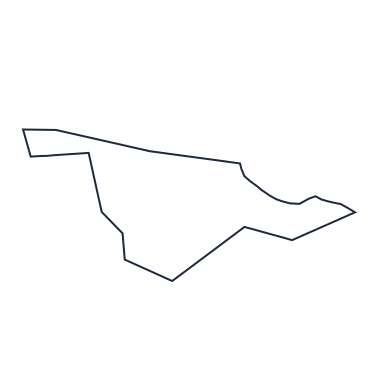 outline of Lagoinha do Piauí, Piauí, Brazil, rotated 82°
{"feature_id": "56859067B7695377468194", "entity_name": "Lagoinha do Piauí", "entity_type": "district", "adm_level": 2, "iso_a3": "BRA", "parent_name": "Brazil", "parent_adm1": "Piauí", "projection": "orthographic", "projection_center": [-42.63, -5.813], "detail": "fine", "context": "isolated", "style": "outline", "palette": "slate", "viewbox_px": 384, "rotation_deg": 82, "n_neighbors": 0, "source": "geoboundaries", "source_scale": "gbopen_adm2", "svg_char_len": 574}
<svg xmlns="http://www.w3.org/2000/svg" viewBox="0 0 384 384"><g transform="rotate(82 192 192)"><path d="M145.7,228.2L111.6,318.2L106.6,350.6L134.5,346.8L135.3,336.9L136.0,331.0L136.4,323.0L138.9,288.9L199.2,284.2L223.3,266.5L249.6,268.0L277.4,224.0L233.9,144.9L250.5,106.5L253.6,99.6L234.8,33.4L229.0,40.6L224.6,46.5L222.2,53.4L220.1,58.8L217.5,64.7L213.4,70.3L214.9,77.3L218.7,87.2L216.9,96.6L213.7,104.1L210.8,109.7L206.5,115.4L199.7,122.8L194.7,127.4L189.6,132.7L183.5,138.0L176.3,139.8L170.4,140.5L145.7,228.2Z" fill="none" stroke="#1e293b" stroke-width="2"/></g></svg>